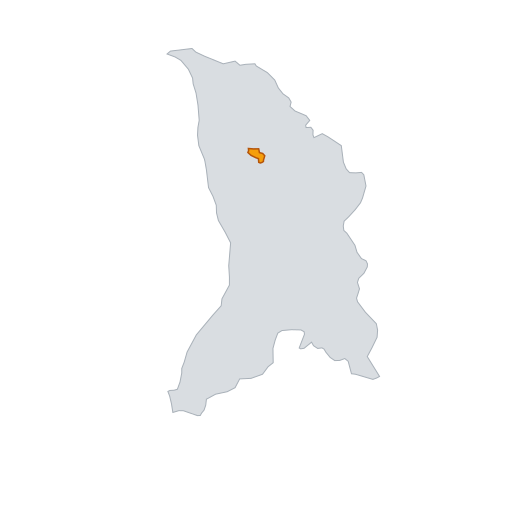 Moldova, with Bălţi highlighted, rotated 23°
{"feature_id": "MDA-1618", "entity_name": "Bălţi", "entity_type": "City", "adm_level": 1, "iso_a3": "MDA", "parent_name": "Moldova", "parent_adm1": "", "projection": "natural_earth1", "projection_center": [27.968, 47.763], "detail": "fine", "context": "in_parent", "style": "filled", "palette": "amber", "viewbox_px": 512, "rotation_deg": 23, "n_neighbors": 0, "source": "natural_earth", "source_scale": "10m", "svg_char_len": 2206}
<svg xmlns="http://www.w3.org/2000/svg" viewBox="0 0 512 512"><g transform="rotate(23 256 256)"><path d="M95.2,104.8L97.2,100.8L116.0,90.0L120.9,91.8L130.7,92.2L150.7,91.9L160.6,84.8L166.7,86.7L171.6,83.6L179.9,79.5L181.1,80.4L182.1,81.0L194.9,82.8L204.5,86.7L210.9,92.6L217.5,96.2L224.4,97.7L228.2,100.6L228.9,105.1L235.3,107.3L247.4,107.3L252.5,110.2L250.6,116.2L251.9,118.2L256.2,116.1L259.4,117.9L261.1,122.3L263.1,124.4L269.2,117.5L275.7,118.2L291.4,121.1L299.8,135.5L305.0,140.6L309.6,142.7L315.4,140.5L320.5,137.8L323.5,139.1L329.9,148.6L331.4,161.1L331.4,166.2L329.2,174.6L326.0,183.7L323.5,189.5L324.6,194.3L326.9,198.2L330.7,199.5L342.9,207.5L347.5,213.1L354.1,217.2L359.1,217.4L361.7,219.7L362.7,222.6L362.1,229.7L359.3,236.4L359.7,240.7L364.1,245.8L364.7,251.7L365.0,255.5L367.4,258.5L378.6,265.0L393.2,271.3L396.9,276.7L399.2,283.5L398.6,295.1L397.7,305.1L416.8,318.6L414.7,321.2L411.8,323.9L393.6,326.0L389.9,327.1L382.0,316.9L377.8,315.7L373.9,319.4L369.4,321.5L363.9,320.4L358.0,317.3L355.0,315.1L352.6,314.8L348.9,317.0L344.0,316.1L340.8,313.6L336.3,322.2L333.4,324.0L331.7,323.8L331.2,309.1L329.9,306.9L326.2,306.5L317.4,310.0L309.0,314.5L306.2,318.5L306.5,325.8L307.7,334.4L313.5,347.5L310.4,353.2L308.2,362.3L299.2,370.6L289.0,375.5L288.2,385.4L282.5,392.2L272.8,399.0L266.3,407.2L268.0,412.9L268.4,418.2L267.3,421.8L267.0,424.6L264.5,425.8L249.6,426.8L245.4,428.5L240.6,432.5L235.9,425.0L231.2,418.6L227.8,415.1L229.3,413.4L233.0,411.6L235.7,409.4L235.3,401.7L233.4,392.8L231.6,388.5L231.4,381.8L230.1,371.3L231.9,351.9L239.3,327.5L243.4,315.4L241.4,308.7L242.9,293.2L239.7,285.6L234.7,275.6L227.5,253.8L218.5,246.3L207.5,238.0L202.8,231.7L199.6,224.8L193.1,217.9L185.6,211.6L176.6,195.9L172.0,188.8L170.6,186.9L160.3,176.8L155.0,167.7L152.3,160.3L150.7,153.3L143.6,139.7L137.1,129.4L130.9,122.1L128.1,117.0L120.8,110.5L110.5,105.3L103.8,104.4L95.2,104.8Z" fill="#d9dde1" stroke="#a8b0b8" stroke-width="1"/><path d="M216.6,156.3L218.8,159.5L222.1,159.0L224.9,160.3L225.4,164.7L225.9,166.1L225.0,167.5L223.6,168.7L221.9,168.7L220.2,165.4L217.6,165.6L212.1,165.3L208.1,163.9L208.0,161.8L207.0,160.0L211.9,158.4L216.6,156.3Z" fill="#f59e0b" stroke="#b45309" stroke-width="1.5"/></g></svg>